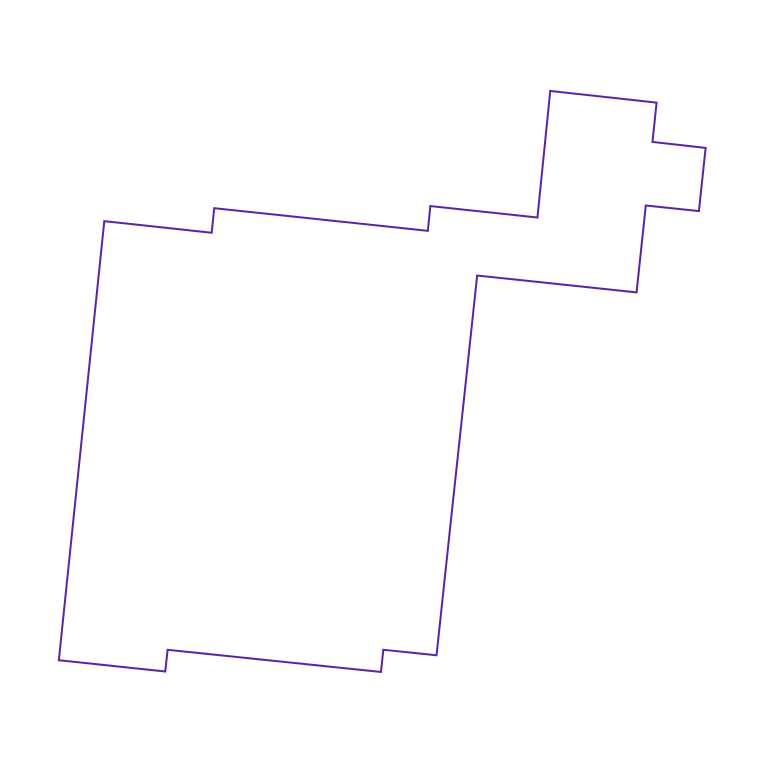 the district of Ward, North Dakota, United States of America, rotated 96°
{"feature_id": "52423323B63405803062554", "entity_name": "Ward", "entity_type": "district", "adm_level": 2, "iso_a3": "USA", "parent_name": "United States of America", "parent_adm1": "North Dakota", "projection": "robinson", "projection_center": [-101.622, 48.327], "detail": "fine", "context": "isolated", "style": "outline", "palette": "violet", "viewbox_px": 768, "rotation_deg": 96, "n_neighbors": 0, "source": "geoboundaries", "source_scale": "gbopen_adm2", "svg_char_len": 472}
<svg xmlns="http://www.w3.org/2000/svg" viewBox="0 0 768 768"><g transform="rotate(96 384 384)"><path d="M179.1,88.9L115.6,88.8L115.2,142.3L75.7,142.3L75.2,249.3L202.4,248.8L202.2,356.5L227.1,356.4L226.9,571.2L251.6,571.2L251.3,679.2L629.7,678.6L692.7,678.5L692.8,571.5L671.0,571.4L670.9,518.0L670.8,411.0L670.7,356.9L648.4,356.9L648.3,303.4L520.8,303.2L393.4,302.9L266.4,302.7L266.5,142.4L179.1,142.3L179.1,88.9Z" fill="none" stroke="#5b21b6" stroke-width="2"/></g></svg>